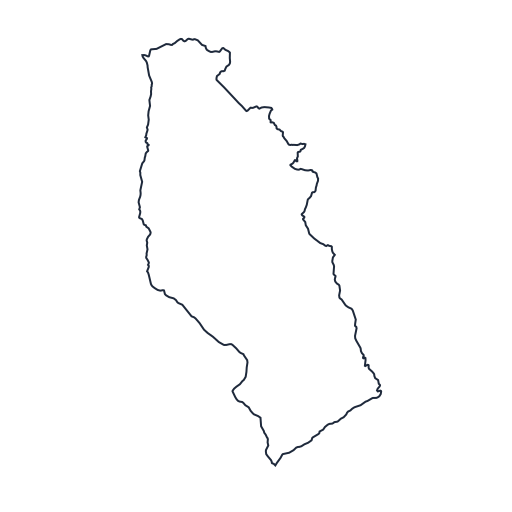 Florencia, Cauca, Colombia, rotated 100°
{"feature_id": "7082276B30849628494153", "entity_name": "Florencia", "entity_type": "district", "adm_level": 2, "iso_a3": "COL", "parent_name": "Colombia", "parent_adm1": "Cauca", "projection": "mercator", "projection_center": [-77.092, 1.698], "detail": "fine", "context": "isolated", "style": "outline", "palette": "slate", "viewbox_px": 512, "rotation_deg": 100, "n_neighbors": 0, "source": "geoboundaries", "source_scale": "gbopen_adm2", "svg_char_len": 6094}
<svg xmlns="http://www.w3.org/2000/svg" viewBox="0 0 512 512"><g transform="rotate(100 256 256)"><path d="M372.7,110.2L370.3,109.2L367.7,109.2L367.2,109.5L367.0,110.2L368.2,112.5L367.4,113.5L365.5,113.1L363.0,111.6L361.8,111.4L361.4,111.6L360.5,112.9L357.0,114.2L355.6,117.4L353.6,118.6L351.9,119.1L351.2,119.7L349.7,121.5L347.4,125.2L346.4,125.7L344.1,126.1L343.8,126.4L343.8,127.3L345.4,129.3L345.2,129.7L339.7,130.0L337.5,130.5L337.2,131.2L338.1,132.2L338.0,132.7L337.2,133.0L335.6,132.6L334.7,132.9L333.3,134.8L332.6,135.3L331.5,136.1L328.9,136.9L328.2,137.3L321.9,142.6L319.8,144.0L317.5,144.6L309.7,144.4L308.3,145.0L307.8,146.1L307.4,146.4L305.4,146.6L301.3,146.7L293.1,151.1L291.9,152.1L291.3,152.9L290.5,156.1L289.4,158.5L288.7,159.5L284.0,164.1L283.1,166.0L282.5,166.6L280.3,167.3L275.4,167.2L270.8,168.7L269.9,169.5L269.1,171.5L267.4,173.5L265.6,174.3L263.4,174.3L262.8,174.1L261.9,174.2L260.6,176.3L260.0,176.6L252.7,177.3L251.3,177.9L248.9,179.7L247.7,180.0L244.0,180.0L241.2,178.6L239.4,180.9L238.1,181.7L236.1,182.5L233.8,182.9L233.3,183.5L233.3,185.7L232.8,187.1L234.0,188.6L233.7,189.9L232.7,191.7L232.1,195.0L228.6,201.8L226.6,204.8L225.1,207.1L224.4,207.6L220.1,209.5L217.1,212.3L214.0,213.4L211.8,216.0L211.1,216.1L210.0,215.2L209.2,215.1L208.8,215.5L207.9,217.6L207.2,218.2L206.8,218.2L204.4,216.4L203.3,216.0L201.3,215.9L199.6,215.4L196.8,214.9L191.6,214.8L190.9,214.5L189.4,213.3L187.5,212.2L183.9,211.8L183.3,211.1L183.0,209.7L182.1,209.0L181.3,208.7L178.1,208.9L176.1,208.6L174.4,208.6L171.2,208.0L168.9,208.3L167.8,209.2L164.2,210.8L163.5,212.1L163.2,214.6L162.9,215.1L162.2,215.2L161.8,215.8L161.8,217.1L162.7,219.4L162.9,220.9L163.0,222.8L162.5,226.1L162.5,227.4L163.2,228.1L163.6,229.0L163.7,230.6L163.4,232.9L161.7,236.5L160.6,237.9L160.1,237.9L158.8,236.2L157.7,235.4L154.9,234.4L154.8,233.8L155.7,232.7L155.5,231.8L154.5,231.9L153.2,232.5L152.2,232.5L150.7,232.1L147.0,232.9L146.3,232.6L145.5,230.7L144.9,230.4L143.6,230.3L142.5,228.7L141.1,227.3L139.4,226.8L137.4,226.7L137.2,228.2L137.7,229.7L137.5,231.7L138.5,232.6L139.6,234.6L140.0,238.3L140.3,239.4L140.2,240.1L140.7,241.4L140.7,242.7L140.1,243.6L137.5,245.7L135.1,248.6L133.7,249.7L133.4,250.3L132.7,250.6L129.5,250.9L129.2,251.1L128.9,251.7L128.7,253.0L127.4,254.8L127.4,256.5L127.2,257.2L126.7,257.9L125.4,258.2L124.5,258.7L124.1,259.0L123.7,260.2L121.8,261.6L121.5,263.2L121.9,264.4L121.8,264.8L119.6,265.2L118.5,266.9L115.9,267.5L113.6,267.3L110.1,266.5L109.0,265.4L108.4,265.7L107.5,266.6L107.5,269.2L107.9,273.6L108.8,276.3L110.3,278.3L110.0,279.2L108.7,280.7L108.6,281.6L110.5,284.5L110.9,285.7L110.8,286.9L111.1,287.3L114.4,289.6L114.9,290.5L114.7,291.0L110.7,296.0L108.5,299.4L95.4,316.8L89.5,325.3L89.0,325.6L87.6,325.8L85.6,325.7L83.0,323.4L81.5,323.2L80.6,322.7L79.9,321.7L79.6,320.0L78.9,319.0L77.0,318.7L74.6,318.0L72.6,315.9L71.0,315.2L69.3,315.2L65.6,316.2L60.3,317.0L59.9,317.4L59.0,319.1L58.3,321.9L56.9,324.2L57.1,325.0L57.4,325.4L60.8,327.1L61.4,327.7L61.3,330.4L61.5,331.9L62.6,334.5L62.9,336.0L62.5,337.6L61.7,339.8L61.2,340.5L59.7,341.6L58.0,342.2L57.5,345.8L53.7,350.8L53.1,353.8L53.2,354.6L53.8,355.4L54.0,356.2L53.7,359.9L54.3,361.0L56.5,362.7L57.0,363.7L56.7,364.8L55.2,366.7L55.3,367.8L55.9,368.8L58.0,371.0L60.5,373.0L61.6,374.6L62.6,375.2L62.9,376.2L62.6,378.6L62.9,381.3L69.3,389.9L70.7,395.2L71.8,395.8L77.5,396.1L78.1,396.4L78.2,397.3L77.6,399.5L77.5,400.9L77.9,402.8L79.2,402.3L80.5,401.2L83.1,398.1L84.5,397.1L87.2,395.9L88.9,395.5L96.8,392.6L102.6,388.9L103.8,388.4L104.6,388.3L105.4,388.5L106.8,388.2L108.3,388.5L109.6,388.1L112.0,388.0L114.8,387.4L117.3,387.5L120.9,388.1L126.6,386.4L132.1,386.9L136.2,386.6L140.4,385.3L145.4,385.1L148.3,385.8L150.4,384.7L151.2,384.7L154.6,385.2L156.2,385.1L158.3,385.6L158.9,383.8L159.6,383.8L161.5,384.7L162.7,384.5L163.4,383.8L163.7,382.7L164.7,382.2L165.2,381.0L165.6,381.0L166.8,382.2L167.4,382.1L170.7,380.5L171.3,380.5L172.6,381.6L174.1,382.4L177.2,382.4L178.2,382.6L181.3,382.5L182.2,382.8L184.5,384.1L192.6,385.1L194.0,384.4L196.4,384.0L202.7,381.0L211.4,381.3L214.2,380.5L216.0,380.3L217.9,380.4L220.9,381.0L222.3,381.0L223.6,380.9L228.1,378.8L230.4,379.1L231.3,378.1L232.6,377.6L234.0,377.5L238.0,377.9L238.5,377.7L238.9,377.1L239.4,374.8L240.7,373.7L244.2,372.1L244.7,371.4L244.9,369.8L246.2,369.1L247.4,366.5L250.6,364.1L251.4,363.8L253.2,364.0L255.8,365.6L258.5,366.4L259.7,366.4L261.8,365.4L264.5,365.4L268.3,364.0L272.5,364.2L274.1,363.8L276.0,364.0L276.9,363.8L278.7,362.1L281.0,360.4L282.2,360.4L283.5,360.8L284.3,359.9L285.4,359.7L290.0,360.6L291.0,359.5L293.0,358.4L301.8,354.6L303.0,353.7L303.9,352.7L305.2,350.2L306.5,347.0L306.7,344.9L306.7,344.0L305.8,341.7L305.9,340.6L309.3,339.1L310.3,337.8L311.6,334.4L312.0,329.7L313.3,327.2L315.2,325.4L315.8,324.3L316.8,320.1L326.6,309.0L327.1,306.4L328.0,304.7L331.8,300.0L337.6,294.4L340.2,290.3L343.0,284.4L347.2,277.7L349.1,272.4L349.1,271.5L348.7,269.7L347.5,266.9L347.1,265.2L347.5,263.9L350.4,259.4L353.3,255.9L354.1,254.4L354.9,251.3L356.0,250.6L360.1,246.6L362.3,245.9L367.3,245.8L371.8,245.3L376.8,245.2L380.2,246.5L381.6,247.7L385.1,249.6L388.1,252.6L390.4,254.5L392.7,255.6L393.4,255.6L398.6,251.9L400.5,250.2L401.8,248.5L402.2,246.9L402.2,244.2L402.9,242.9L404.8,240.6L406.3,236.9L409.4,234.4L411.5,231.8L412.3,230.5L413.3,226.1L414.5,223.5L422.8,221.4L427.0,217.9L428.6,217.2L430.2,215.5L432.9,213.6L433.3,213.0L434.4,212.5L437.6,212.2L440.5,211.0L445.4,212.5L447.0,212.3L449.4,211.5L451.3,209.5L454.4,205.8L455.7,204.9L457.1,204.4L457.3,204.1L457.6,202.4L458.9,200.6L456.1,199.5L450.6,196.8L447.0,195.6L446.4,195.1L444.0,189.2L440.7,185.3L437.7,183.1L436.8,181.6L436.5,180.3L435.5,178.3L433.0,175.6L430.9,172.3L427.9,169.3L425.4,169.0L424.8,168.6L420.4,163.5L419.4,162.9L417.8,162.9L415.3,159.7L412.4,158.4L409.7,156.1L408.6,154.6L407.8,151.8L407.0,150.8L406.0,150.0L405.1,147.3L404.6,146.6L401.5,144.2L399.6,141.7L396.4,139.6L394.5,139.1L393.2,138.3L391.7,136.2L390.0,135.0L388.4,133.4L387.6,132.3L384.8,127.1L380.4,122.8L379.4,121.0L375.9,116.9L375.5,116.2L374.8,112.7L373.9,111.4L372.7,110.2Z" fill="none" stroke="#1e293b" stroke-width="2"/></g></svg>